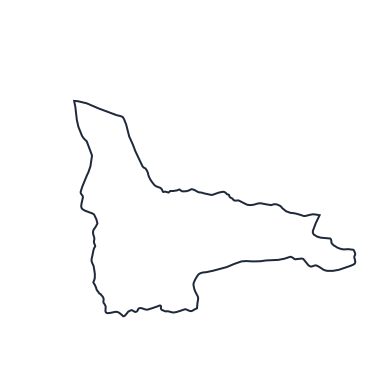 Génova, Quezaltenango, Guatemala, rotated 67°
{"feature_id": "79465075B90055848837962", "entity_name": "Génova", "entity_type": "district", "adm_level": 2, "iso_a3": "GTM", "parent_name": "Guatemala", "parent_adm1": "Quezaltenango", "projection": "orthographic", "projection_center": [-91.832, 14.588], "detail": "fine", "context": "isolated", "style": "outline", "palette": "slate", "viewbox_px": 384, "rotation_deg": 67, "n_neighbors": 0, "source": "geoboundaries", "source_scale": "gbopen_adm2", "svg_char_len": 5188}
<svg xmlns="http://www.w3.org/2000/svg" viewBox="0 0 384 384"><g transform="rotate(67 192 192)"><path d="M62.1,264.9L68.3,266.2L80.5,269.8L87.6,271.1L97.4,271.3L100.0,270.8L102.2,270.0L103.4,269.4L104.4,269.1L118.2,269.7L119.2,269.8L119.9,270.1L128.6,275.4L133.4,279.7L135.2,281.8L144.4,291.1L147.5,293.7L148.5,294.5L150.0,294.9L151.5,294.5L152.8,294.2L154.3,294.5L159.6,298.3L161.9,299.6L163.4,299.9L164.8,299.6L167.2,298.0L172.9,292.0L174.2,291.1L175.2,290.9L180.3,290.7L182.1,291.1L183.7,291.2L184.5,291.9L185.2,292.8L186.5,294.4L187.3,295.7L187.6,296.3L188.1,297.1L189.0,298.0L190.1,298.7L190.8,299.0L192.1,299.4L192.8,299.5L193.8,299.6L194.8,299.7L195.7,299.8L196.4,300.0L197.2,300.3L198.3,301.0L198.9,301.4L199.7,301.8L200.6,302.0L201.3,302.1L202.1,302.1L203.2,302.1L204.2,302.3L205.0,303.4L205.5,304.1L206.1,304.6L206.8,305.2L207.3,305.6L211.7,308.6L212.5,309.2L213.7,310.1L214.2,310.4L214.8,310.7L215.5,311.1L216.6,311.5L218.3,311.6L221.7,311.5L223.7,312.0L226.3,312.6L229.6,313.5L233.6,315.3L234.7,316.3L236.6,318.1L238.0,318.1L239.4,317.7L240.2,317.7L240.9,317.7L241.8,317.7L242.5,317.7L243.3,317.8L244.1,317.9L245.2,317.9L246.4,317.6L247.6,317.2L248.6,317.2L249.7,316.6L250.8,315.8L251.5,315.8L252.5,315.4L253.1,315.2L254.2,315.0L254.9,315.0L255.6,315.1L256.2,315.2L257.2,315.8L258.2,316.4L259.5,316.7L260.6,316.4L262.0,316.2L262.9,316.2L263.6,316.2L264.2,316.4L265.1,316.9L266.0,317.3L266.9,317.8L267.8,318.2L269.0,318.3L269.7,318.0L270.3,317.4L270.6,316.9L270.9,316.0L271.3,314.6L271.6,313.3L271.9,311.7L272.1,310.4L272.3,309.7L272.7,308.5L273.1,307.9L273.5,307.3L274.3,306.6L275.3,305.9L277.0,305.0L278.2,304.4L279.5,303.9L279.7,303.2L279.6,302.0L279.1,301.0L278.2,299.2L277.7,298.3L277.2,297.4L277.0,294.8L277.2,293.8L277.7,293.1L278.3,292.7L278.9,292.3L279.5,291.8L280.2,291.2L280.4,290.3L280.4,289.6L280.1,288.8L279.7,288.2L279.1,287.7L278.5,286.9L278.4,286.2L278.5,285.3L278.9,284.4L279.4,283.6L280.6,282.3L281.1,281.7L281.7,281.1L282.3,280.2L282.8,279.2L283.0,278.5L283.0,277.9L283.2,276.1L283.4,274.2L283.8,268.1L283.9,265.8L284.8,265.2L285.5,265.3L286.3,265.8L287.2,266.2L288.5,266.0L289.5,265.1L290.4,264.2L291.1,263.5L291.7,262.8L291.9,261.8L292.4,260.7L293.2,259.6L294.1,258.5L294.7,257.7L295.2,257.1L295.5,256.5L295.8,255.7L296.2,254.2L296.4,253.3L296.5,252.4L296.6,251.1L296.8,249.7L297.0,246.3L297.1,245.6L297.1,244.9L297.2,244.3L297.5,243.6L298.6,242.5L299.6,241.6L300.4,240.7L300.9,240.2L301.2,239.6L301.4,238.8L301.4,237.7L301.2,236.4L301.0,234.0L301.0,232.8L296.9,230.7L293.6,228.6L292.1,227.8L290.5,227.5L284.8,227.9L282.4,227.8L280.0,227.4L278.0,226.9L276.9,226.4L276.0,225.6L274.1,223.6L272.4,221.4L270.6,218.7L270.1,216.9L270.1,215.0L270.4,213.3L271.4,210.1L272.7,203.4L274.7,189.3L274.7,181.2L275.2,173.6L276.7,169.2L278.7,165.1L279.6,163.2L281.1,159.6L282.5,155.9L284.0,150.4L288.2,139.1L289.5,133.0L290.0,127.2L290.3,126.3L291.3,125.4L292.4,124.6L293.6,124.0L294.2,123.4L296.1,117.1L296.6,116.3L297.2,115.7L305.1,113.4L306.5,112.4L307.2,111.5L307.4,110.5L307.5,109.3L307.6,107.7L308.0,106.5L309.1,105.4L310.3,104.4L312.8,102.7L314.6,101.6L316.3,99.9L317.5,98.2L318.5,95.8L319.6,93.3L321.0,87.3L321.9,75.0L321.9,72.4L321.7,70.6L321.1,69.7L320.2,69.0L318.1,68.5L316.1,68.3L315.0,67.9L314.1,67.1L313.7,66.5L312.7,65.9L310.9,65.7L309.7,65.8L308.5,65.9L307.7,66.8L307.1,68.1L306.3,69.4L305.5,70.8L305.0,72.5L304.1,74.8L303.1,76.5L301.6,78.3L299.8,80.1L298.1,81.2L296.4,82.5L294.7,83.1L294.0,83.4L293.0,83.4L291.3,82.8L289.8,82.6L288.8,83.0L284.3,91.4L282.0,94.2L278.8,96.5L276.7,96.7L275.0,95.9L268.6,89.8L267.3,88.2L263.2,83.6L261.4,86.4L259.8,89.2L259.4,90.9L258.9,93.4L258.5,96.4L258.2,97.6L257.4,99.0L256.2,100.2L253.5,103.5L252.2,105.2L251.2,106.7L250.3,108.3L249.6,109.6L246.5,112.9L242.2,115.2L241.1,115.5L239.8,115.9L237.7,117.6L236.1,119.4L235.7,120.4L235.3,121.4L235.1,123.1L235.0,124.3L231.9,129.2L229.3,133.0L228.4,135.4L228.2,136.8L227.9,139.6L227.6,141.0L227.1,142.7L226.6,143.9L226.0,145.0L225.4,146.0L224.5,146.9L220.6,150.2L218.9,151.6L218.2,152.2L217.7,153.0L217.4,154.0L217.0,155.2L216.7,155.9L215.9,156.7L215.0,157.1L214.0,157.3L211.8,159.0L210.8,159.3L210.1,159.2L209.1,159.1L208.4,159.7L208.1,160.3L207.6,160.7L206.7,161.0L205.7,161.4L204.8,162.1L204.2,162.8L203.8,163.8L203.5,165.1L203.0,167.9L202.8,171.4L202.6,174.3L202.4,175.0L201.9,175.9L200.3,178.1L198.7,180.4L197.3,182.3L196.4,183.2L195.5,184.9L194.8,186.0L194.2,186.5L193.7,187.0L193.1,187.4L191.7,188.5L191.0,189.1L190.5,189.6L189.8,190.4L189.2,191.4L189.2,192.2L189.3,193.2L189.4,194.0L189.2,195.8L189.1,196.6L188.9,197.4L188.4,198.7L188.2,199.3L187.7,200.5L187.1,201.2L186.1,201.8L185.2,202.2L184.7,202.8L184.7,203.8L184.7,204.9L184.6,205.6L184.3,206.6L184.1,207.4L183.8,208.7L182.9,210.8L182.6,212.0L183.1,212.9L183.3,213.8L182.5,214.8L181.1,216.7L180.8,218.3L180.3,218.7L179.1,218.7L177.4,218.8L175.7,219.6L174.5,221.0L172.9,222.6L171.2,223.8L169.5,224.3L166.9,225.0L163.9,225.5L161.0,225.7L159.0,225.5L157.0,225.1L154.4,225.2L152.2,225.6L150.8,226.8L149.2,227.5L132.2,228.2L125.3,227.9L116.3,228.1L103.9,226.2L98.3,226.1L95.9,226.5L94.3,228.0L91.8,231.4L79.4,244.5L76.2,247.6L69.2,254.3L63.7,261.8L62.1,264.9Z" fill="none" stroke="#1e293b" stroke-width="2"/></g></svg>